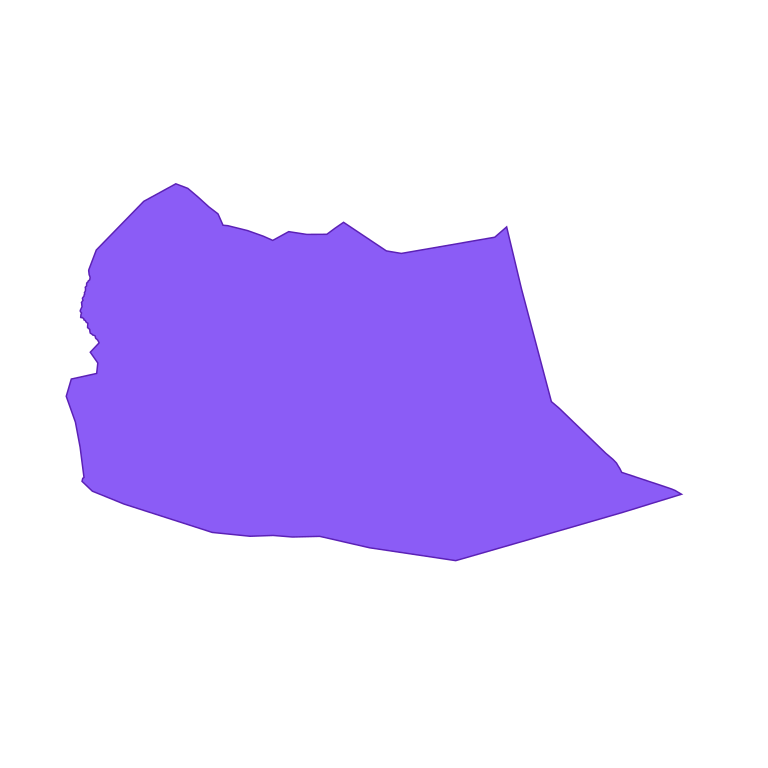 the district of San Vicente Nuñú, Oaxaca, Mexico, rotated 280°
{"feature_id": "50627088B79032057291398", "entity_name": "San Vicente Nuñú", "entity_type": "district", "adm_level": 2, "iso_a3": "MEX", "parent_name": "Mexico", "parent_adm1": "Oaxaca", "projection": "orthographic", "projection_center": [-97.43, 17.42], "detail": "fine", "context": "isolated", "style": "filled", "palette": "violet", "viewbox_px": 768, "rotation_deg": 280, "n_neighbors": 0, "source": "geoboundaries", "source_scale": "gbopen_adm2", "svg_char_len": 1541}
<svg xmlns="http://www.w3.org/2000/svg" viewBox="0 0 768 768"><g transform="rotate(280 384 384)"><path d="M222.8,347.2L220.2,398.4L222.5,485.3L249.6,540.7L299.3,641.9L327.1,696.1L328.8,691.5L329.7,689.2L330.5,685.6L331.2,681.3L338.0,635.2L338.2,633.5L341.7,630.9L344.0,628.8L346.5,626.7L349.5,622.6L354.3,614.4L390.5,560.8L395.7,551.9L501.5,502.9L560.0,477.5L547.8,467.6L515.6,378.4L515.5,363.2L536.2,316.1L528.9,308.7L521.5,301.7L517.9,281.9L517.5,263.7L506.1,249.5L508.6,239.5L511.4,223.0L512.8,202.7L512.4,197.9L522.7,191.0L528.1,180.6L535.7,168.6L542.6,156.8L545.0,144.2L522.2,115.7L466.0,77.4L445.5,73.5L444.1,73.5L443.7,73.7L440.3,74.7L439.3,75.4L437.8,76.1L435.5,76.1L434.0,74.8L433.0,74.7L432.7,74.3L431.7,73.7L429.8,73.9L429.0,74.1L427.4,73.0L426.0,73.5L424.3,73.7L423.4,73.7L422.0,73.1L420.5,73.6L419.6,73.2L418.5,73.3L416.4,72.2L415.7,72.2L414.1,73.0L412.4,72.2L411.5,71.9L410.8,72.4L409.5,72.6L407.8,73.2L403.8,72.1L402.6,72.4L401.4,73.8L399.7,73.5L398.7,73.6L397.0,73.7L396.7,74.2L397.1,75.2L396.3,76.7L395.9,77.2L395.1,77.3L394.6,78.9L393.4,79.7L392.7,80.9L392.4,81.8L389.3,82.1L388.0,82.3L387.6,83.2L386.6,84.7L384.2,85.4L383.0,86.0L382.6,87.3L381.6,88.8L381.7,89.3L381.3,90.7L381.1,91.2L380.6,91.5L379.4,91.8L378.7,92.4L378.5,93.0L377.4,94.5L375.2,96.2L374.9,96.2L364.3,89.2L355.0,98.5L344.5,99.2L334.6,75.2L316.7,73.2L292.9,86.7L269.0,95.7L239.8,104.8L238.8,103.7L235.7,103.5L227.8,115.4L220.6,148.9L208.0,240.6L210.8,278.5L215.6,301.1L217.4,320.3L222.8,347.2Z" fill="#8b5cf6" stroke="#5b21b6" stroke-width="1.5"/></g></svg>